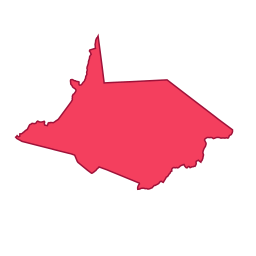 Euclides da Cunha, Bahia, Brazil (Robinson projection), rotated 30°
{"feature_id": "56859067B4723677873776", "entity_name": "Euclides da Cunha", "entity_type": "district", "adm_level": 2, "iso_a3": "BRA", "parent_name": "Brazil", "parent_adm1": "Bahia", "projection": "robinson", "projection_center": [-38.934, -10.468], "detail": "fine", "context": "isolated", "style": "filled", "palette": "rose", "viewbox_px": 256, "rotation_deg": 30, "n_neighbors": 0, "source": "geoboundaries", "source_scale": "gbopen_adm2", "svg_char_len": 3508}
<svg xmlns="http://www.w3.org/2000/svg" viewBox="0 0 256 256"><g transform="rotate(30 128 128)"><path d="M199.2,132.8L199.5,131.2L200.4,130.8L201.6,131.3L202.3,130.4L202.7,129.7L203.7,129.1L204.4,128.1L205.2,127.7L205.2,126.7L205.1,125.4L204.7,124.4L204.0,123.6L203.8,122.6L204.4,121.7L205.0,120.7L206.1,121.0L208.2,121.2L208.0,120.0L208.3,119.2L208.1,117.8L207.9,116.6L207.4,115.5L207.1,114.2L206.6,113.2L205.9,112.7L205.1,111.8L204.6,110.4L204.3,108.9L204.1,107.5L204.2,106.3L204.2,104.9L203.9,103.9L203.6,102.7L202.8,101.8L202.1,101.4L201.1,100.7L200.3,100.2L200.1,99.1L200.6,97.9L201.2,96.8L202.0,96.2L203.1,95.7L203.9,95.3L204.5,94.7L205.9,94.3L207.2,94.5L208.1,93.6L208.9,92.5L209.6,91.8L210.7,91.1L212.2,90.5L213.6,90.3L214.6,89.5L215.8,88.8L216.8,88.4L217.5,87.9L218.3,87.1L219.2,87.0L219.9,86.4L219.8,85.1L219.6,84.0L220.0,83.1L220.6,82.2L220.7,81.3L220.6,79.9L220.3,78.8L219.4,77.3L202.1,75.3L199.3,74.9L168.0,70.8L155.7,69.2L137.8,66.8L131.1,71.1L106.5,87.0L91.7,96.4L84.8,100.9L75.2,88.2L56.1,63.3L56.2,64.8L55.9,65.7L56.0,66.9L56.3,68.6L56.9,69.7L57.3,70.9L57.8,72.3L58.7,73.4L59.4,74.6L60.0,75.3L58.5,76.8L55.9,79.6L56.1,80.6L57.3,81.1L59.3,82.6L59.1,83.6L59.1,84.5L59.1,85.4L59.5,86.3L59.9,87.2L60.3,89.3L60.6,90.4L61.1,91.2L61.5,92.4L61.7,93.6L61.9,94.5L62.1,95.7L62.7,97.0L63.6,97.8L64.0,99.0L64.3,100.4L65.0,101.3L65.6,102.4L65.6,103.4L65.6,104.3L65.9,105.2L66.5,106.3L66.4,107.3L66.7,108.4L66.7,109.6L66.3,111.0L66.2,112.4L66.0,113.8L65.3,114.7L64.4,115.1L63.6,114.6L63.0,113.4L62.5,112.6L61.5,112.8L60.0,113.4L58.8,113.4L57.7,113.9L55.8,113.8L55.0,114.2L54.3,114.9L54.6,116.0L55.4,117.0L56.0,117.9L56.8,118.8L58.2,119.2L59.4,120.1L60.6,120.4L61.5,120.4L62.4,120.5L63.5,120.8L64.2,121.5L64.4,122.5L64.4,123.4L64.3,124.5L64.2,125.4L63.7,126.2L63.7,127.3L63.9,128.4L64.6,129.3L65.0,130.5L65.7,131.4L65.7,132.5L65.7,133.5L65.4,136.7L63.3,155.3L62.7,156.6L62.0,157.9L61.5,159.2L60.7,160.7L59.5,161.3L58.3,161.8L57.8,162.6L56.9,162.8L56.4,163.8L56.8,165.0L56.9,166.3L55.5,166.8L54.5,167.1L53.7,166.4L53.1,165.7L52.9,164.5L52.0,164.1L51.1,165.2L50.1,166.1L49.3,166.6L47.9,167.1L46.4,167.1L45.9,168.1L45.9,169.6L45.2,170.7L44.1,171.3L42.6,171.9L42.2,172.9L41.3,174.2L41.2,175.3L41.3,176.5L41.4,177.6L41.4,178.5L41.5,179.5L40.8,180.8L40.3,181.8L40.1,183.0L39.5,184.1L39.3,185.0L38.7,186.2L38.0,186.7L37.3,187.2L37.8,188.1L38.4,189.2L37.7,190.3L36.8,190.4L35.8,190.1L35.7,191.1L35.3,192.1L37.0,192.7L40.6,192.6L42.9,192.6L56.1,188.9L72.3,184.3L74.7,183.7L88.7,179.7L91.7,178.8L94.1,178.4L95.4,178.2L96.6,179.1L100.8,182.3L101.9,182.8L113.9,184.8L119.0,185.4L119.8,184.7L120.1,183.8L120.6,182.9L120.9,181.9L121.4,180.9L121.5,179.8L121.8,178.4L122.3,177.2L122.4,176.2L130.8,174.7L134.8,174.2L147.2,172.5L154.0,171.6L157.5,171.1L165.3,170.1L165.9,170.7L165.7,171.9L165.8,173.5L166.3,175.1L167.1,176.2L168.1,175.5L168.9,174.8L169.4,173.8L170.5,173.0L171.8,172.2L173.1,172.0L174.0,171.4L174.7,171.0L175.6,171.0L176.4,170.5L177.3,169.6L178.1,168.5L178.8,167.7L178.9,166.8L179.2,165.8L179.4,164.7L180.4,164.0L181.0,162.9L181.8,161.8L182.4,160.5L182.5,159.3L182.8,158.1L183.7,157.4L184.6,157.6L185.7,157.5L185.8,152.7L185.7,151.3L186.5,150.2L186.6,148.8L186.6,147.5L187.0,146.1L186.8,144.5L187.5,143.3L186.8,142.6L186.5,141.7L186.6,140.7L187.1,139.6L187.8,139.1L188.7,139.0L189.7,138.0L190.8,137.8L191.6,137.0L191.9,136.1L192.2,135.0L192.9,133.7L193.5,133.1L194.0,132.2L194.8,131.6L195.4,132.3L196.5,132.7L197.5,133.1L198.4,133.3L199.2,132.8Z" fill="#f43f5e" stroke="#9f1239" stroke-width="1.5"/></g></svg>